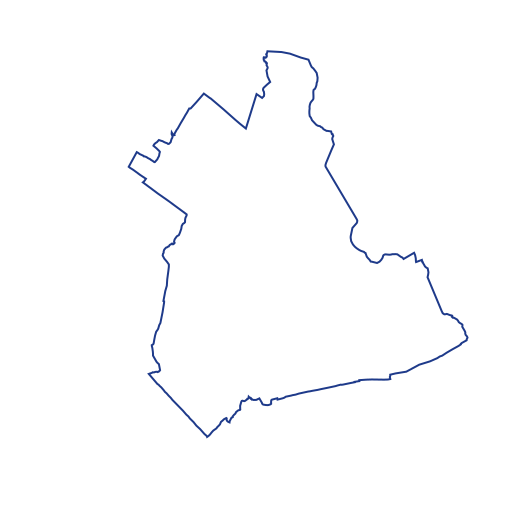 Racova, Bacau, Romania (Equal Earth projection), rotated 242°
{"feature_id": "2599482B19806401166229", "entity_name": "Racova", "entity_type": "district", "adm_level": 2, "iso_a3": "ROU", "parent_name": "Romania", "parent_adm1": "Bacau", "projection": "equal_earth", "projection_center": [26.765, 46.708], "detail": "fine", "context": "isolated", "style": "outline", "palette": "blue", "viewbox_px": 512, "rotation_deg": 242, "n_neighbors": 0, "source": "geoboundaries", "source_scale": "gbopen_adm2", "svg_char_len": 6126}
<svg xmlns="http://www.w3.org/2000/svg" viewBox="0 0 512 512"><g transform="rotate(242 256 256)"><path d="M404.7,394.5L410.2,388.7L418.7,381.0L424.1,374.3L431.4,362.2L430.0,361.0L429.5,359.9L429.1,359.6L428.3,359.9L427.9,359.5L427.0,359.1L427.0,358.5L426.8,357.7L426.6,357.7L426.6,357.4L427.5,356.7L427.8,356.2L427.2,355.6L426.7,355.5L425.6,354.9L424.9,355.0L424.7,355.2L423.9,354.8L422.9,355.7L422.2,355.9L422.2,355.5L421.9,355.4L420.9,356.0L419.6,354.9L417.2,354.9L416.5,354.5L415.8,353.6L415.0,352.4L409.1,350.5L403.0,350.2L402.2,346.4L400.9,341.6L400.0,340.5L398.7,340.0L397.4,340.1L395.0,339.2L393.5,338.1L392.7,335.6L398.7,332.5L373.3,306.9L380.3,303.9L385.6,301.8L400.9,296.1L416.5,289.9L417.0,289.5L423.9,286.2L419.8,275.6L417.0,267.7L417.0,267.3L417.6,266.3L414.9,262.2L413.6,259.9L411.8,257.1L408.6,251.8L405.3,246.7L404.8,245.5L402.5,241.9L401.7,241.0L401.0,240.8L401.2,240.2L402.0,239.9L402.9,239.7L404.6,239.6L403.4,238.8L402.9,238.7L400.8,238.5L399.8,237.7L398.8,236.2L396.6,234.1L396.4,233.6L395.9,231.8L396.2,231.0L397.7,230.2L398.1,229.7L399.4,228.6L401.4,227.3L401.9,226.7L404.0,224.7L403.0,221.9L402.9,220.3L402.3,218.3L401.5,217.2L397.8,218.7L394.0,219.9L393.0,220.0L392.0,219.0L389.9,217.4L389.4,216.7L388.3,215.0L387.7,214.3L386.7,211.6L386.4,210.8L386.6,210.3L388.3,209.5L390.5,208.2L391.0,208.1L393.4,206.4L394.5,205.9L395.3,205.3L396.7,203.9L396.8,203.6L397.4,203.6L400.7,201.1L402.3,200.4L403.7,199.5L394.5,185.5L393.1,186.1L390.0,187.9L381.9,191.8L376.9,194.5L375.9,195.1L375.1,193.6L374.3,191.9L374.1,190.7L357.4,198.6L345.6,204.6L325.3,214.3L324.4,213.8L322.9,211.7L321.6,210.6L319.2,209.2L318.8,208.2L318.7,206.5L317.4,204.5L315.1,202.8L312.3,199.8L310.8,197.9L310.6,197.5L310.6,195.6L310.3,194.8L309.1,192.4L308.7,191.8L307.2,190.4L306.6,190.2L306.1,190.4L305.7,190.2L305.4,189.5L305.3,188.2L306.3,187.9L306.4,187.7L306.5,187.2L306.3,186.9L306.2,186.4L306.3,185.2L306.1,184.7L305.4,183.4L305.6,182.8L305.4,181.7L305.6,181.0L305.6,180.4L304.8,178.2L304.3,177.5L303.1,176.4L302.4,176.1L302.1,175.8L301.7,175.0L300.2,173.8L296.8,173.8L292.6,174.7L289.5,175.1L287.4,174.0L283.8,171.5L277.1,166.7L271.6,163.3L267.6,159.4L265.3,157.6L259.7,153.1L259.1,153.6L257.9,152.9L250.1,147.0L241.7,140.1L240.4,138.1L237.7,135.5L236.9,134.2L236.0,132.3L233.1,129.5L229.5,126.6L226.9,124.6L226.3,123.8L226.2,122.1L225.2,121.7L223.5,121.3L220.2,120.1L218.3,119.3L216.4,118.3L209.4,118.5L208.0,118.8L206.1,119.5L200.2,117.7L199.8,116.8L199.8,116.4L199.6,116.1L199.8,115.5L199.6,115.0L199.6,114.7L200.3,114.1L200.6,113.6L201.0,112.4L201.1,111.2L201.8,110.3L201.7,108.9L202.0,107.6L202.2,106.0L189.1,108.9L188.3,109.5L186.3,110.0L184.5,110.7L180.9,111.5L178.8,111.8L176.7,112.6L173.6,113.3L170.7,114.2L168.3,114.6L153.6,118.9L148.7,120.0L146.0,121.0L143.7,121.3L138.6,122.9L134.2,123.7L129.4,125.4L123.1,126.9L120.5,127.9L119.8,128.0L119.2,127.9L119.4,129.5L119.9,131.4L121.1,134.1L121.9,136.3L122.4,140.2L123.0,141.2L123.9,144.2L124.3,145.2L125.5,146.6L126.0,147.3L126.4,149.4L126.9,151.0L126.9,153.7L126.4,153.9L125.3,153.2L124.5,153.0L123.8,153.1L122.6,153.6L121.5,154.5L122.5,155.2L124.7,158.4L124.6,159.1L124.6,159.8L125.3,160.1L126.1,162.0L126.5,163.7L127.0,164.5L127.3,164.7L127.6,165.3L127.7,166.1L128.0,167.2L128.0,168.2L127.6,169.5L127.8,170.0L128.5,170.2L129.0,170.6L129.9,171.0L131.2,171.7L134.2,174.6L134.7,175.4L134.6,176.1L133.5,177.3L133.2,177.9L133.3,178.8L133.6,180.9L134.0,181.3L133.7,182.1L134.0,182.6L135.2,183.5L134.2,183.8L133.3,184.7L132.9,184.8L132.8,184.3L132.0,184.5L131.6,185.0L131.3,184.9L131.2,184.9L131.1,185.4L130.2,186.0L129.1,188.1L128.7,189.1L128.9,190.0L128.7,190.5L128.7,192.1L123.5,192.3L122.9,192.1L122.0,192.3L121.4,192.6L119.8,194.7L118.9,196.2L118.5,197.2L118.2,199.3L118.4,200.0L119.7,200.6L121.3,201.6L121.6,202.0L121.7,202.6L120.4,208.0L119.1,207.6L117.8,212.9L117.6,214.6L117.8,216.2L116.2,221.7L116.0,222.8L115.0,225.9L114.4,229.2L113.6,232.1L111.8,238.5L111.2,240.1L110.5,242.5L108.8,247.7L108.0,250.7L106.1,257.1L103.8,265.1L103.4,267.2L102.6,270.5L102.1,271.1L101.6,272.5L99.5,279.7L98.2,283.9L98.6,284.0L97.4,287.5L97.0,288.5L97.9,288.9L95.0,295.4L92.6,300.3L86.7,311.0L85.0,314.5L84.3,316.8L86.4,317.4L87.2,318.3L88.2,318.8L86.8,324.1L83.3,334.4L83.4,349.1L81.3,360.1L80.7,368.2L81.0,371.1L80.6,373.6L81.1,378.8L81.4,385.9L81.5,392.6L81.8,395.4L82.3,395.6L82.6,397.0L82.7,402.4L83.5,402.9L84.6,404.4L85.2,404.5L86.2,404.5L87.9,404.1L89.2,404.3L90.4,405.0L92.2,405.1L96.7,404.9L97.6,405.6L98.5,406.0L99.5,405.6L100.9,404.7L102.4,404.0L104.0,404.0L105.5,403.7L108.4,401.9L109.1,400.8L110.1,400.5L110.2,401.0L111.0,401.2L111.5,401.0L112.3,400.0L113.2,399.1L115.1,397.5L115.4,397.0L115.5,396.3L116.1,394.9L117.0,394.4L117.6,394.2L117.8,394.0L120.3,394.1L156.7,397.5L158.8,399.3L160.6,400.6L164.5,401.8L165.0,401.4L166.5,400.6L167.6,400.3L169.4,400.3L170.7,400.2L171.7,400.3L172.1,400.0L172.9,400.1L173.0,400.4L173.5,400.4L173.6,400.2L174.7,400.6L175.5,394.5L176.2,394.7L179.0,396.0L182.1,396.9L184.6,397.1L184.1,384.9L185.0,384.8L186.0,384.4L186.6,384.1L187.1,383.6L191.1,381.6L192.0,380.3L193.6,377.2L193.9,375.8L194.6,374.2L196.6,371.2L196.9,370.4L196.9,369.2L196.7,368.6L195.0,366.9L193.8,364.8L193.0,362.4L193.0,359.6L196.6,355.6L197.2,354.7L199.3,354.5L201.8,353.8L203.4,353.5L207.3,354.1L207.9,353.5L208.9,353.3L211.1,351.2L212.8,350.0L215.6,348.5L217.9,347.6L220.7,347.0L224.4,347.0L227.6,348.1L229.0,348.9L235.5,354.3L237.8,360.4L238.6,361.3L239.8,362.1L241.4,362.2L302.3,359.4L303.5,359.9L304.1,360.4L305.4,361.7L314.2,372.4L318.0,377.2L323.5,378.2L324.7,379.2L325.7,380.6L327.6,380.8L327.7,380.3L328.1,380.2L330.7,380.8L332.8,378.0L333.4,377.0L336.3,375.1L338.2,374.8L339.2,374.0L340.5,373.5L341.6,372.2L342.2,371.6L343.6,370.8L349.5,369.2L352.4,369.4L354.3,369.1L356.7,370.0L358.3,370.8L360.1,371.9L360.7,372.4L362.8,373.4L364.2,374.5L365.1,375.4L365.8,376.2L366.3,377.2L367.3,379.7L367.7,380.3L368.2,380.7L370.2,381.8L373.9,383.6L375.5,384.7L375.8,385.5L375.9,386.5L376.9,387.9L378.4,389.5L380.4,390.9L381.5,392.2L384.5,394.1L389.1,395.5L391.7,395.2L394.7,394.7L396.6,393.9L398.5,393.9L404.7,394.5Z" fill="none" stroke="#1e3a8a" stroke-width="2"/></g></svg>